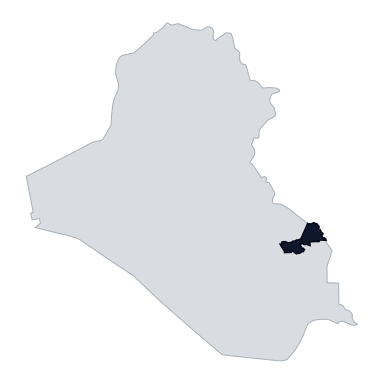 location of Al-Amara, Maysan, Iraq
{"feature_id": "34846034B34105115765151", "entity_name": "Al-Amara", "entity_type": "district", "adm_level": 2, "iso_a3": "IRQ", "parent_name": "Iraq", "parent_adm1": "Maysan", "projection": "albers", "projection_center": [47.067, 32.106], "detail": "fine", "context": "in_parent", "style": "filled", "palette": "ink", "viewbox_px": 384, "rotation_deg": 0, "n_neighbors": 0, "source": "geoboundaries", "source_scale": "gbopen_adm2", "svg_char_len": 6793}
<svg xmlns="http://www.w3.org/2000/svg" viewBox="0 0 384 384"><path d="M153.6,33.1L156.8,32.4L162.8,27.8L166.4,23.4L167.5,23.0L170.5,24.6L172.6,25.1L177.7,23.6L180.7,24.6L183.2,25.9L184.6,26.0L191.2,29.0L192.9,29.4L196.4,29.9L201.5,30.2L204.9,28.5L207.3,26.7L209.0,26.8L210.6,27.3L211.9,28.1L213.0,29.5L213.5,31.4L213.1,37.4L213.6,39.1L214.5,40.2L215.7,40.5L217.1,39.2L219.6,37.3L222.7,35.3L225.0,33.4L226.3,32.8L228.4,32.9L230.4,33.3L231.5,34.2L231.5,34.5L232.5,37.4L234.9,48.1L236.4,49.5L238.1,50.7L239.3,52.3L239.8,53.9L239.6,56.3L239.6,59.2L240.3,61.4L241.2,63.1L242.2,64.0L243.5,64.1L245.2,64.5L246.3,66.2L249.7,78.4L250.0,80.0L251.5,80.5L254.0,80.3L256.6,81.6L259.3,83.6L261.8,87.3L263.5,88.0L268.9,87.5L276.4,88.1L279.8,90.1L279.4,91.2L276.8,92.5L272.0,94.0L270.6,96.6L269.8,100.0L269.9,101.9L271.0,104.0L274.4,108.2L274.5,109.7L275.1,111.8L275.7,113.3L275.0,116.1L271.9,118.0L267.9,120.0L259.8,129.2L259.1,131.2L259.1,136.7L258.3,138.2L255.7,138.2L253.7,137.9L253.6,139.8L252.3,142.3L251.5,144.5L254.4,149.8L254.9,152.6L254.4,155.2L251.6,159.5L249.9,162.4L250.3,163.1L252.4,164.3L259.0,174.1L261.2,177.5L264.0,176.6L265.1,176.7L265.9,177.2L266.4,178.4L266.4,179.8L265.7,182.0L269.3,182.9L270.6,185.1L274.7,192.7L274.6,194.9L272.5,198.4L272.5,200.8L272.9,202.9L273.5,203.7L279.8,204.0L282.5,204.9L289.0,208.8L296.4,214.7L302.5,219.5L307.7,223.6L313.3,223.3L314.8,224.1L316.3,225.4L317.9,228.7L321.1,236.4L323.8,238.9L328.1,245.0L332.1,250.7L329.5,258.5L327.0,266.6L327.1,277.1L327.1,282.7L332.5,282.9L338.6,283.1L338.7,289.9L338.8,296.6L338.9,304.3L340.7,304.6L343.5,306.2L344.8,308.7L346.3,310.1L348.2,310.3L350.0,311.5L351.8,313.7L352.5,315.4L352.0,316.5L352.4,318.5L353.7,321.4L355.3,322.8L357.7,324.4L354.5,325.4L351.0,324.7L343.5,321.4L341.1,321.3L337.9,322.7L337.8,323.8L329.9,320.1L327.1,319.3L326.0,319.3L321.5,319.3L315.1,320.0L311.3,321.6L308.7,323.2L307.5,324.8L307.1,325.7L305.1,330.4L302.7,336.5L300.2,341.9L295.4,349.6L292.7,353.1L287.0,359.7L280.8,361.0L266.4,359.5L250.5,357.9L234.7,356.2L222.9,354.9L222.0,354.5L210.6,344.9L201.6,337.2L190.4,327.6L179.1,317.7L167.6,307.7L159.3,300.4L149.4,291.0L140.3,282.4L133.2,275.6L124.0,269.5L116.8,264.8L106.4,257.8L98.1,252.2L91.0,247.3L80.1,239.9L76.4,237.8L64.9,234.8L54.0,232.2L42.6,229.4L35.1,227.5L40.5,223.1L39.3,218.6L35.6,219.2L32.1,219.9L30.6,213.1L33.2,212.4L31.5,203.5L29.7,194.3L28.0,185.4L26.3,176.3L36.3,171.3L43.7,167.6L54.0,162.3L64.0,157.2L73.5,152.3L83.8,146.9L93.1,142.0L101.4,140.3L103.2,138.7L107.4,131.5L110.9,125.4L111.1,123.9L111.6,115.0L112.8,104.5L114.1,98.9L116.2,94.1L118.0,90.5L118.4,87.2L118.4,83.7L116.9,78.4L115.4,72.9L115.9,67.7L116.4,64.9L117.7,60.5L119.8,57.4L122.0,55.5L129.6,53.8L134.2,52.8L140.5,47.3L144.2,44.0L149.4,38.8L153.3,35.0L153.6,33.6L153.6,33.1Z" fill="#d9dde1" stroke="#a8b0b8" stroke-width="1"/><path d="M326.0,240.3L325.9,240.1L325.9,239.7L325.9,239.4L325.9,239.2L325.6,238.9L325.3,238.7L325.1,238.6L324.8,238.3L324.4,237.9L324.2,237.8L323.8,237.8L323.5,237.8L323.3,237.9L323.0,237.9L322.8,237.7L322.6,237.4L322.6,237.2L322.4,237.1L322.0,236.9L321.9,236.8L321.9,236.6L321.9,236.3L321.9,236.0L321.9,235.7L322.0,235.4L322.1,235.2L322.4,234.9L322.6,234.7L322.8,234.4L322.8,234.2L323.0,233.7L322.9,233.3L322.7,233.1L322.4,233.0L322.1,232.9L321.9,232.8L321.7,232.6L321.6,232.3L321.4,232.1L321.1,231.8L320.7,231.5L320.6,231.2L320.6,230.8L320.7,230.5L320.7,230.4L320.6,230.2L320.1,229.7L319.9,229.6L319.6,229.5L319.4,229.5L319.2,229.6L318.9,229.5L318.8,229.4L318.7,229.2L318.7,228.8L318.6,228.7L318.4,228.4L318.2,228.3L318.0,228.1L318.5,228.1L318.9,227.9L319.1,227.7L319.1,227.4L319.1,227.2L319.1,226.9L319.0,226.5L318.9,226.2L318.7,226.0L318.5,225.8L318.2,225.6L318.0,225.4L317.9,225.2L317.7,224.9L317.6,224.7L317.2,224.2L317.0,223.8L316.8,223.6L316.7,223.6L316.3,223.5L315.9,223.5L315.6,223.6L315.3,223.6L315.0,223.5L314.8,223.3L314.5,223.1L314.2,222.8L314.0,222.7L313.8,222.6L313.6,222.6L313.3,222.8L313.1,223.0L312.7,223.3L312.4,223.5L312.0,223.6L311.7,223.7L311.5,223.8L311.2,224.0L310.8,224.1L310.2,224.0L309.9,223.9L309.7,223.9L309.7,224.1L309.3,224.2L308.8,224.1L308.2,223.7L307.6,223.4L307.2,224.5L306.6,225.9L306.0,227.1L305.4,228.5L304.7,230.1L304.1,231.6L303.6,232.6L303.1,233.8L302.6,234.8L302.3,235.8L301.7,236.9L301.3,237.8L300.9,238.7L300.6,239.3L299.7,239.4L299.0,239.6L298.4,240.1L297.3,239.9L296.4,240.0L295.7,240.5L295.1,241.0L294.6,241.2L293.9,241.0L293.3,241.1L292.7,241.4L292.1,241.7L291.5,242.2L290.9,242.6L290.2,242.8L289.7,242.5L289.0,242.7L288.5,242.8L288.3,242.9L288.1,242.9L287.2,242.4L286.5,242.1L286.3,242.0L285.3,241.6L284.6,241.6L284.0,241.6L283.4,241.6L282.5,241.8L282.1,242.0L281.8,242.2L281.7,242.3L281.7,242.6L281.7,242.8L281.8,243.1L282.2,243.4L282.6,243.7L282.7,243.9L282.4,243.9L281.6,244.0L280.7,244.1L280.1,244.1L280.2,244.3L280.4,244.7L280.7,245.4L280.9,245.6L281.3,246.4L281.7,246.9L281.9,247.3L282.3,247.8L282.4,248.0L282.4,248.3L282.6,248.6L283.1,249.2L283.8,250.1L284.3,250.7L284.4,251.1L284.5,251.6L284.4,252.0L284.4,252.6L284.8,252.6L285.2,252.6L285.7,252.6L286.2,252.6L286.9,252.5L287.4,252.5L287.8,252.5L288.2,252.5L288.9,252.5L289.6,252.4L290.3,252.4L290.6,252.4L290.9,252.4L291.4,252.4L291.5,251.9L291.4,251.3L292.0,251.2L292.5,251.2L293.0,251.2L293.6,251.2L294.1,251.2L294.2,251.6L294.2,252.1L294.2,252.6L294.5,252.7L294.9,252.9L295.3,253.1L295.8,253.3L296.4,253.6L296.8,253.8L296.9,253.6L297.2,253.3L297.4,252.9L297.6,252.7L297.8,252.8L298.2,253.0L298.6,253.3L298.9,253.5L299.4,253.2L299.8,253.1L300.2,252.9L300.7,252.6L301.1,252.4L301.5,252.2L301.8,251.9L302.1,251.6L302.4,251.4L302.8,251.4L303.2,251.5L303.4,251.6L303.7,251.0L303.7,250.9L303.8,250.7L304.1,250.3L304.2,250.1L304.4,249.7L304.5,249.6L304.4,249.5L304.0,249.1L303.6,248.6L303.5,248.4L303.4,248.4L303.0,248.3L302.7,248.2L302.3,248.2L302.0,248.1L301.6,247.9L301.4,247.8L301.4,247.4L301.4,247.1L301.4,246.8L301.2,246.6L301.0,246.4L300.8,246.1L300.4,245.7L300.2,245.3L300.1,244.9L300.1,244.6L300.0,244.3L300.0,244.0L300.0,243.8L300.3,243.8L300.7,244.0L301.0,243.9L301.4,244.0L301.6,243.9L302.0,243.7L302.3,243.6L302.5,243.6L302.8,243.7L303.1,243.8L303.4,244.1L303.9,244.3L304.3,244.5L304.7,244.6L304.9,244.6L305.3,244.6L305.7,244.6L306.0,244.5L306.2,244.4L306.4,244.4L306.7,244.4L306.9,244.4L307.2,244.5L307.5,244.7L307.7,244.8L307.9,244.9L308.2,244.9L308.5,245.1L308.8,245.1L309.1,245.2L309.5,245.3L309.8,245.4L309.9,245.5L310.0,245.6L310.1,245.2L310.1,244.9L310.1,244.7L309.9,244.3L309.9,244.1L309.9,243.7L309.9,243.4L310.0,242.9L310.0,242.5L310.1,242.2L310.2,241.9L310.3,241.7L310.7,241.8L310.9,241.8L311.4,241.7L311.9,241.7L313.1,241.7L314.7,241.6L315.9,241.5L317.0,241.5L317.5,241.5L318.2,241.6L319.0,241.6L319.2,241.0L319.5,240.1L320.2,240.1L322.0,240.1L323.9,240.2L324.9,240.2L325.3,240.3L326.0,240.3Z" fill="#0f172a" stroke="#020617" stroke-width="1.5"/></svg>